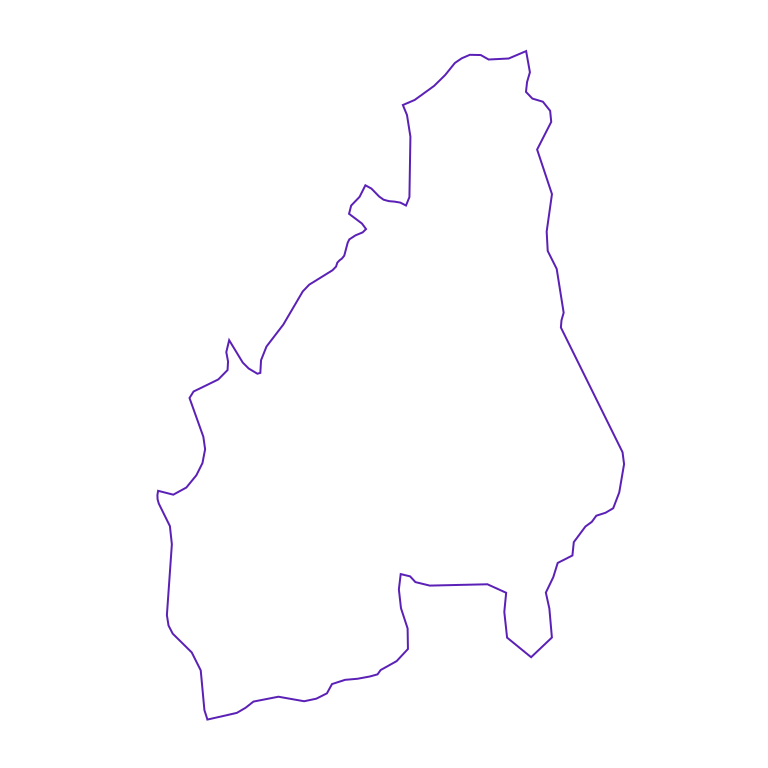 the border of Samtskhe-Javakheti, rotated 86°
{"feature_id": "GEO-3038", "entity_name": "Samtskhe-Javakheti", "entity_type": "Region", "adm_level": 1, "iso_a3": "GEO", "parent_name": "Georgia", "parent_adm1": "", "projection": "mercator", "projection_center": [43.25, 41.511], "detail": "fine", "context": "isolated", "style": "outline", "palette": "violet", "viewbox_px": 768, "rotation_deg": 86, "n_neighbors": 0, "source": "natural_earth", "source_scale": "10m", "svg_char_len": 1761}
<svg xmlns="http://www.w3.org/2000/svg" viewBox="0 0 768 768"><g transform="rotate(86 384 384)"><path d="M211.8,407.0L203.7,404.3L195.6,395.3L184.5,388.7L188.1,383.0L196.6,375.8L200.1,371.6L201.9,366.5L202.8,360.8L204.2,355.0L207.5,349.6L199.3,345.6L139.1,340.4L117.3,342.3L108.9,345.1L107.0,345.7L102.8,333.6L90.1,313.2L80.0,301.4L68.7,290.9L64.5,283.7L61.6,275.4L62.6,264.5L67.6,257.0L68.0,236.9L63.8,224.7L61.8,219.0L83.2,216.7L92.7,220.2L102.5,222.0L109.6,216.1L113.5,205.8L123.1,199.2L134.2,198.9L160.8,214.9L206.3,203.2L243.3,211.1L262.7,211.4L281.2,203.7L325.4,199.8L332.8,202.5L340.0,203.6L468.7,150.8L480.7,150.1L508.6,156.9L523.9,164.0L527.9,172.0L530.2,181.4L536.0,186.3L540.2,193.0L555.0,205.7L568.2,208.0L574.6,223.2L588.5,228.6L603.4,237.1L619.6,234.7L648.6,234.2L666.8,256.3L645.6,278.9L619.8,279.9L600.8,276.7L591.0,294.8L588.3,352.4L583.8,366.5L577.7,371.4L574.8,380.6L589.9,383.5L608.8,382.7L629.5,377.5L650.0,378.6L661.3,390.7L669.1,407.3L673.2,410.7L674.8,418.6L676.2,431.0L676.4,443.5L679.7,456.8L688.6,462.5L693.2,473.5L694.9,485.8L688.6,511.1L691.7,536.4L697.3,544.6L701.8,553.7L706.4,583.4L706.4,583.6L706.2,583.6L696.8,585.9L656.9,586.8L638.4,594.5L618.3,612.2L609.9,615.8L599.4,616.7L529.1,606.8L510.8,607.5L487.6,617.0L483.3,617.9L479.1,617.8L474.8,616.8L479.7,601.9L473.5,588.4L461.9,577.5L450.2,570.6L436.6,567.0L424.0,567.9L384.4,579.0L378.2,574.5L367.9,549.0L359.2,539.1L350.7,538.0L341.2,539.1L329.5,535.4L352.8,523.4L359.1,517.9L364.9,509.6L364.3,506.6L351.7,505.0L338.4,498.6L317.7,480.3L286.0,458.6L279.7,451.7L266.9,427.4L263.5,423.6L259.7,422.1L257.6,419.8L255.9,417.2L253.2,414.7L240.6,410.4L237.3,408.5L233.7,402.0L231.3,394.8L228.2,391.1L222.4,394.8L211.8,407.0Z" fill="none" stroke="#5b21b6" stroke-width="2"/></g></svg>